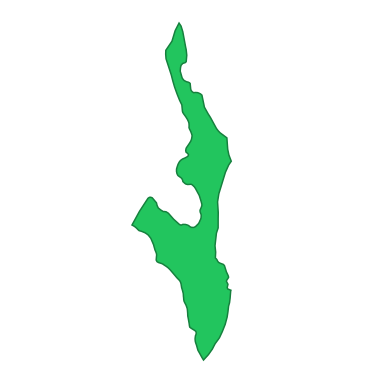 San Felipe, Retalhuleu, Guatemala, rotated 302°
{"feature_id": "79465075B46607071550315", "entity_name": "San Felipe", "entity_type": "district", "adm_level": 2, "iso_a3": "GTM", "parent_name": "Guatemala", "parent_adm1": "Retalhuleu", "projection": "natural_earth1", "projection_center": [-91.601, 14.638], "detail": "fine", "context": "isolated", "style": "filled", "palette": "green", "viewbox_px": 384, "rotation_deg": 302, "n_neighbors": 0, "source": "geoboundaries", "source_scale": "gbopen_adm2", "svg_char_len": 3361}
<svg xmlns="http://www.w3.org/2000/svg" viewBox="0 0 384 384"><g transform="rotate(302 192 192)"><path d="M82.6,256.0L78.7,259.5L77.2,260.7L76.2,261.7L76.0,263.3L76.0,266.4L76.0,267.4L75.9,268.8L75.4,269.7L74.1,270.6L73.2,270.9L71.9,271.1L69.5,272.2L68.4,272.9L66.9,274.1L66.0,275.1L64.3,277.2L61.9,279.8L60.8,281.1L59.3,283.9L57.0,288.0L55.6,290.8L62.7,292.1L69.5,292.5L72.9,292.2L75.7,292.0L80.9,292.4L83.0,292.5L89.6,291.7L97.3,290.3L104.5,288.1L109.6,285.9L114.6,283.5L118.0,282.5L122.1,280.6L128.3,277.4L129.3,277.1L128.7,273.7L129.6,272.5L132.8,271.4L133.5,270.2L134.4,268.6L135.7,268.2L138.1,268.3L139.1,268.2L139.9,267.4L140.9,266.0L141.6,264.9L142.5,263.5L146.8,258.5L147.2,256.9L146.5,253.4L146.4,251.9L146.9,250.4L147.6,249.4L148.1,248.3L148.4,246.8L153.6,243.9L158.6,240.0L170.1,234.5L175.4,233.2L183.1,228.4L188.4,225.2L197.2,218.9L204.7,215.7L226.4,209.9L234.4,208.8L238.9,209.0L243.0,203.6L247.2,199.6L256.4,192.9L257.1,184.4L257.8,181.7L258.8,179.1L265.0,168.1L266.8,164.3L270.5,157.6L279.4,149.1L279.7,147.3L279.5,145.3L279.2,144.0L278.2,142.1L277.1,140.8L277.1,139.1L277.7,137.4L278.7,136.3L283.1,132.9L283.3,131.8L283.1,130.3L282.6,129.0L282.4,126.1L283.0,124.3L283.6,123.1L288.2,118.0L291.3,116.4L293.6,115.6L296.1,116.0L297.4,117.1L298.3,117.8L299.5,118.0L305.2,115.1L309.8,111.5L311.2,110.1L323.0,99.3L326.9,94.8L328.4,91.5L320.0,92.2L309.3,95.1L298.3,94.7L295.0,96.6L291.2,99.4L280.3,112.4L276.0,116.9L271.8,121.6L268.4,125.9L266.7,128.1L263.2,132.9L260.5,137.2L255.4,141.1L254.6,142.0L253.8,143.6L252.6,146.6L251.2,149.5L250.0,151.4L248.9,152.8L247.7,153.7L246.4,154.6L245.2,155.2L244.2,156.3L243.5,157.5L242.6,158.9L241.3,160.6L240.1,162.0L238.8,162.7L236.5,163.6L234.4,164.0L231.5,164.0L228.5,163.9L226.7,163.8L225.8,163.9L223.8,164.7L222.6,165.9L222.4,167.9L221.8,169.2L220.7,169.6L219.7,169.4L218.7,168.9L217.0,167.9L215.0,166.5L213.4,165.8L212.5,165.5L210.9,165.3L209.1,165.4L208.0,165.5L205.8,166.0L203.3,166.7L201.3,167.9L199.8,169.3L198.9,170.6L198.5,171.5L198.4,172.7L198.2,175.5L197.8,176.6L197.0,177.8L196.0,178.8L195.5,181.4L195.5,182.7L196.1,184.4L197.4,186.2L198.1,187.1L198.2,188.5L197.6,191.3L196.8,193.1L192.9,200.0L189.2,204.3L186.9,206.8L185.8,207.5L184.8,207.8L182.7,208.2L181.2,208.4L180.4,208.7L179.3,209.6L178.3,210.9L177.6,211.8L176.7,212.4L174.8,213.4L173.3,213.8L172.0,213.9L170.9,214.1L168.8,214.3L164.9,213.4L163.4,212.7L162.7,212.0L161.7,210.2L161.5,208.8L161.7,207.4L161.7,206.2L161.4,204.9L160.9,203.4L159.7,201.4L158.1,200.3L157.8,198.6L159.2,190.8L161.5,183.2L161.5,180.6L160.9,179.1L160.2,178.0L160.2,174.8L160.6,171.8L162.2,169.4L164.0,167.6L166.0,161.4L165.7,159.8L164.9,158.7L163.3,158.0L147.8,157.7L132.2,158.6L132.3,160.5L132.3,161.7L132.0,164.0L131.7,165.2L131.4,166.4L131.2,167.6L131.9,170.0L132.3,172.4L132.5,173.6L132.5,175.4L132.3,177.7L130.9,181.6L126.8,187.5L126.0,188.3L123.2,191.4L121.8,193.4L120.8,194.6L119.8,195.4L117.8,196.4L115.3,197.7L114.4,199.2L114.4,200.9L114.8,202.4L115.3,204.4L115.4,205.6L115.3,207.3L115.3,209.3L115.1,211.7L114.5,214.5L111.9,222.7L111.4,224.2L111.1,225.3L110.3,228.5L109.6,229.8L108.4,231.3L105.4,233.9L104.1,235.4L103.1,236.5L102.4,237.2L101.6,238.1L100.3,239.1L99.0,240.0L97.9,240.9L96.5,241.9L95.2,243.1L94.4,244.3L92.8,247.0L90.9,249.4L89.8,250.4L86.7,252.7L85.2,253.7L84.3,254.4L82.6,256.0Z" fill="#22c55e" stroke="#15803d" stroke-width="1.5"/></g></svg>